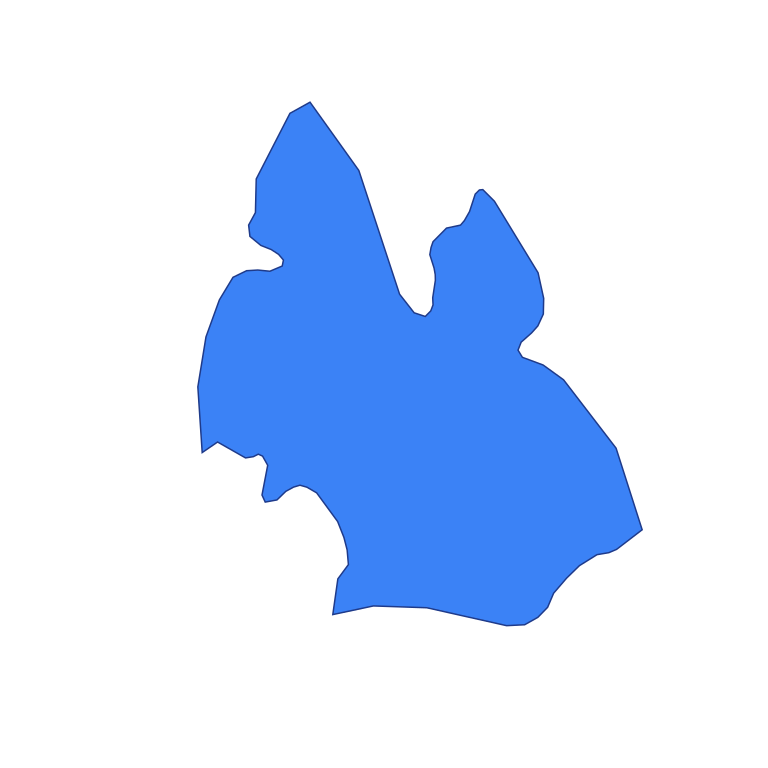 outline of Sevnica, rotated 58°
{"feature_id": "SVN-988", "entity_name": "Sevnica", "entity_type": "Municipality", "adm_level": 1, "iso_a3": "SVN", "parent_name": "Slovenia", "parent_adm1": "", "projection": "mercator", "projection_center": [15.262, 46.004], "detail": "fine", "context": "isolated", "style": "filled", "palette": "blue", "viewbox_px": 768, "rotation_deg": 58, "n_neighbors": 0, "source": "natural_earth", "source_scale": "10m", "svg_char_len": 1190}
<svg xmlns="http://www.w3.org/2000/svg" viewBox="0 0 768 768"><g transform="rotate(58 384 384)"><path d="M561.4,221.2L644.4,242.3L647.5,274.4L646.2,282.7L641.6,293.8L641.6,314.5L645.4,332.0L651.3,351.0L660.1,363.6L663.4,377.1L662.7,392.3L653.9,408.1L596.4,466.3L566.6,510.6L552.4,549.6L524.8,526.4L518.3,509.9L505.2,503.2L492.9,499.3L476.1,496.2L440.6,498.8L430.6,504.1L425.3,508.9L423.5,515.4L423.0,524.1L425.6,536.2L421.2,547.3L413.5,546.3L391.3,525.7L380.8,525.2L376.9,527.8L376.4,533.3L373.3,540.6L345.0,555.9L345.8,574.5L287.8,543.4L249.7,510.0L225.4,479.0L213.5,455.5L215.1,440.5L220.5,430.6L227.9,421.0L230.0,407.8L225.6,403.6L218.2,404.7L210.2,408.4L201.2,415.0L187.8,419.5L177.5,414.6L170.5,402.2L142.4,383.7L104.6,320.3L105.8,297.4L189.6,292.2L316.1,323.2L339.6,320.7L348.6,313.2L346.8,305.6L342.9,300.5L336.7,297.0L323.3,285.5L318.4,282.6L312.2,280.1L298.6,276.6L293.2,271.8L289.3,267.0L284.9,248.4L289.8,234.9L288.0,229.2L283.1,220.1L271.3,206.0L270.0,200.3L271.5,197.2L287.5,193.5L371.3,194.4L396.0,203.2L409.1,211.8L416.3,222.8L418.9,231.8L421.2,245.5L426.3,252.4L434.7,252.5L452.2,239.0L475.6,229.5L561.4,221.2Z" fill="#3b82f6" stroke="#1e3a8a" stroke-width="1.5"/></g></svg>